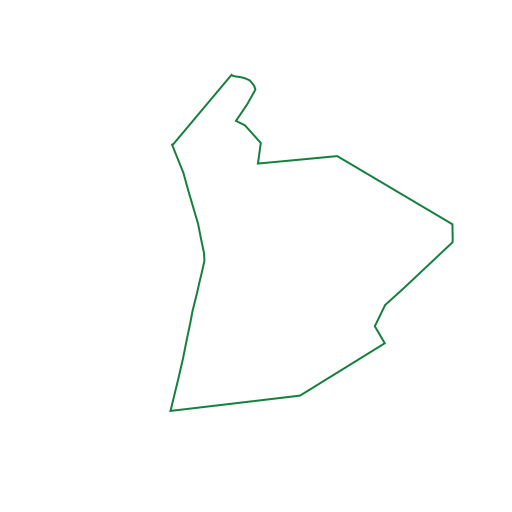 Trou Rouge, Castries, Saint Lucia (Equal Earth projection), rotated 228°
{"feature_id": "8701671B79423766550609", "entity_name": "Trou Rouge", "entity_type": "district", "adm_level": 2, "iso_a3": "LCA", "parent_name": "Saint Lucia", "parent_adm1": "Castries", "projection": "equal_earth", "projection_center": [-60.989, 14.006], "detail": "fine", "context": "isolated", "style": "outline", "palette": "green", "viewbox_px": 512, "rotation_deg": 228, "n_neighbors": 0, "source": "geoboundaries", "source_scale": "gbopen_adm2", "svg_char_len": 669}
<svg xmlns="http://www.w3.org/2000/svg" viewBox="0 0 512 512"><g transform="rotate(228 256 256)"><path d="M105.0,293.3L124.3,297.3L133.2,319.3L133.2,343.2L134.7,411.2L136.3,412.9L148.1,423.2L275.9,383.2L323.4,319.3L336.8,335.2L360.6,335.2L369.8,331.5L374.6,350.9L379.0,363.9L380.1,366.9L383.3,368.4L387.2,368.8L390.9,368.8L395.1,366.9L398.8,364.6L403.3,360.8L405.6,359.3L407.0,359.0L394.3,268.4L395.7,268.4L366.4,257.7L348.8,248.9L318.5,234.4L308.2,228.2L293.1,219.4L287.1,214.6L281.1,206.3L274.2,196.2L268.3,187.9L257.5,171.9L249.8,161.8L239.3,147.4L228.6,133.1L216.1,115.2L198.1,88.8L122.8,195.3L105.0,293.3Z" fill="none" stroke="#15803d" stroke-width="2"/></g></svg>